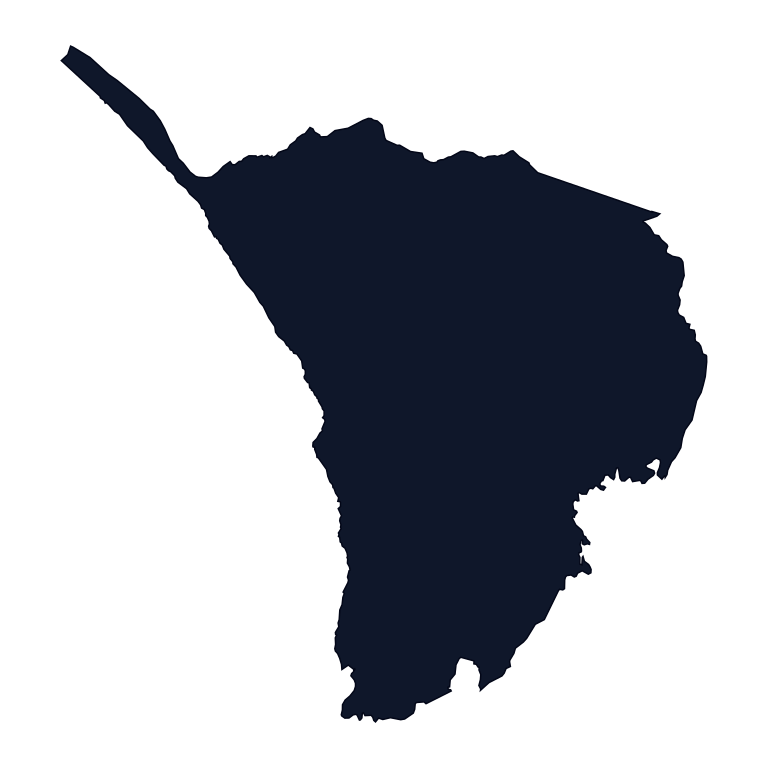 the district of Ludewa, Njombe, United Republic of Tanzania
{"feature_id": "72390352B43391507115191", "entity_name": "Ludewa", "entity_type": "district", "adm_level": 2, "iso_a3": "TZA", "parent_name": "United Republic of Tanzania", "parent_adm1": "Njombe", "projection": "natural_earth1", "projection_center": [34.61, -10.023], "detail": "fine", "context": "isolated", "style": "filled", "palette": "ink", "viewbox_px": 768, "rotation_deg": 0, "n_neighbors": 0, "source": "geoboundaries", "source_scale": "gbopen_adm2", "svg_char_len": 6115}
<svg xmlns="http://www.w3.org/2000/svg" viewBox="0 0 768 768"><path d="M61.3,60.6L100.2,96.4L100.3,97.8L104.3,100.5L105.2,103.2L106.4,102.7L108.4,104.2L114.8,111.3L119.5,114.2L127.5,125.7L143.3,141.0L147.6,147.7L152.8,153.6L164.0,165.2L166.0,166.2L166.8,168.9L168.5,170.7L170.7,171.7L174.7,175.8L175.3,178.3L177.9,182.2L186.6,188.7L189.7,193.8L197.9,201.2L200.6,204.8L201.6,208.1L204.3,209.5L205.7,213.2L205.7,215.6L207.4,217.4L209.1,221.3L209.4,224.0L208.6,226.2L209.2,228.5L211.4,230.7L214.5,236.9L216.1,236.7L216.7,238.4L218.2,239.2L220.0,243.2L222.3,245.1L223.9,249.2L229.7,256.1L230.1,258.5L232.8,261.8L233.0,263.8L236.0,267.0L240.2,275.3L246.5,284.0L254.3,292.5L259.9,302.4L263.3,306.2L268.9,317.9L274.8,326.5L275.6,332.2L278.7,336.6L284.4,341.1L286.6,345.1L288.8,346.6L290.3,349.8L292.6,350.6L293.7,353.2L296.9,354.0L301.7,360.9L302.7,368.1L304.4,369.0L305.3,370.7L305.3,374.3L304.1,376.7L304.4,378.4L307.6,382.5L309.1,382.9L309.7,387.7L311.4,388.8L311.4,390.0L313.4,391.3L314.7,394.8L316.9,396.8L316.9,398.0L318.5,399.4L318.5,401.1L322.0,406.8L322.4,408.8L324.1,410.9L324.1,415.6L322.6,417.7L324.6,419.3L325.1,421.3L322.0,428.8L322.4,431.0L320.0,433.0L316.9,438.6L313.1,442.4L312.8,446.1L313.1,447.0L314.8,447.3L314.7,449.4L316.6,454.3L317.0,457.4L318.3,457.8L326.5,469.4L327.9,476.5L330.0,481.8L332.6,484.7L333.0,487.6L333.9,488.1L335.7,493.2L338.7,497.6L337.8,501.3L340.3,501.8L340.5,502.6L340.5,506.5L338.2,508.6L341.5,515.8L340.1,518.3L339.7,520.8L341.0,524.8L340.5,527.2L341.1,528.7L338.4,533.0L339.0,534.4L338.4,536.4L339.7,537.3L340.2,541.9L341.5,542.9L342.2,546.0L345.0,548.2L347.0,552.7L347.6,556.2L347.0,557.4L347.7,559.1L347.4,563.1L349.4,566.8L350.1,570.0L349.1,570.7L347.5,577.1L348.5,580.1L347.9,582.7L343.1,592.1L344.3,593.5L342.9,597.3L342.1,604.6L339.8,610.0L339.2,619.6L338.1,623.0L338.8,626.7L335.4,632.4L335.6,634.4L336.6,635.1L335.3,637.8L335.6,644.5L334.8,648.7L335.4,651.1L337.6,653.5L339.7,658.3L341.5,664.3L341.9,669.5L348.3,665.1L353.7,669.3L354.2,669.0L354.1,669.7L354.7,669.5L354.5,668.3L354.9,669.1L354.5,670.1L353.7,669.7L353.7,671.6L351.6,673.6L350.9,675.8L354.2,679.8L355.5,683.3L355.5,686.4L354.2,690.6L349.9,696.0L345.2,700.0L342.5,704.7L342.4,710.0L341.3,714.7L341.7,715.9L344.8,718.1L349.0,718.0L353.1,714.9L355.7,714.3L357.1,715.1L359.4,720.1L360.4,719.9L361.9,717.9L362.3,713.2L363.4,712.7L365.0,715.6L371.2,715.3L372.8,717.3L373.8,720.4L375.5,721.9L378.6,718.1L382.8,719.5L390.4,717.7L400.7,719.7L404.7,719.0L413.3,713.1L414.7,709.3L415.2,703.8L416.4,702.5L424.0,701.9L426.0,703.7L451.2,691.0L450.6,689.8L448.2,689.2L447.9,687.3L449.6,686.9L450.2,679.9L455.0,674.1L456.0,664.8L459.2,658.5L460.9,657.3L474.0,660.9L473.9,663.9L476.3,664.3L478.1,667.1L479.2,667.3L479.0,670.0L480.8,674.6L480.4,679.7L478.9,685.5L480.7,689.0L480.5,690.3L489.0,682.6L502.0,675.9L504.2,673.1L506.1,668.5L510.4,666.5L509.6,661.7L509.9,660.1L513.9,653.4L515.4,648.2L523.4,642.0L526.7,638.3L535.3,624.3L544.3,619.6L558.3,590.9L559.5,589.3L562.8,589.9L564.5,588.7L564.7,580.0L565.4,577.2L566.7,575.6L571.1,575.0L574.3,577.0L576.2,576.2L577.6,573.2L582.2,570.8L588.3,574.2L590.9,572.8L591.1,569.5L590.1,567.0L588.6,564.5L584.4,561.3L583.0,556.4L582.3,557.4L581.9,564.8L579.8,564.0L579.9,557.3L578.7,554.9L578.9,552.8L581.0,552.1L581.5,551.1L581.3,548.0L580.0,544.5L581.2,540.4L582.2,540.0L582.8,540.7L582.3,543.8L584.2,544.8L587.3,543.8L589.5,544.4L589.8,542.5L586.6,539.1L585.7,536.9L583.5,535.7L582.4,531.4L581.0,529.6L575.8,525.0L572.2,517.9L572.8,516.9L574.4,517.2L574.6,515.7L577.1,512.5L576.6,511.2L573.6,509.8L572.8,504.1L573.2,501.7L575.3,499.8L577.5,501.0L578.9,500.7L578.0,493.4L579.0,492.5L581.8,494.1L586.4,494.1L588.8,489.0L590.8,488.2L592.8,488.8L595.5,485.7L596.5,485.7L600.7,489.4L603.5,490.2L605.5,487.4L603.8,486.2L600.8,486.0L599.6,484.0L601.4,481.0L602.9,480.6L605.0,475.2L608.3,475.0L610.5,477.6L613.6,479.6L614.8,477.2L614.8,474.2L616.4,468.1L617.8,467.7L618.8,470.2L620.0,478.2L621.7,480.8L624.7,481.0L629.0,477.2L630.6,477.4L632.6,481.6L639.7,480.4L640.9,481.0L642.0,483.4L644.7,483.2L648.0,479.2L653.4,475.4L654.6,473.2L653.9,470.8L647.3,468.1L645.8,466.5L646.3,464.7L651.5,462.1L653.2,459.9L656.3,458.1L660.1,459.9L660.5,462.6L659.5,467.6L657.4,472.6L657.4,475.0L661.9,479.2L664.4,475.9L665.1,476.1L665.2,477.5L667.0,474.6L667.7,470.2L671.5,461.7L675.0,457.8L680.8,447.7L682.3,438.4L685.1,429.8L692.0,420.1L696.6,400.6L701.1,392.5L703.2,385.1L705.3,376.5L706.7,362.0L706.6,356.3L706.2,355.3L702.8,353.9L700.7,346.2L698.6,343.1L695.6,341.3L695.0,338.9L695.3,334.9L694.2,330.3L690.0,329.4L688.9,328.4L689.9,324.3L686.0,323.3L683.7,317.4L679.2,315.0L677.8,312.4L677.5,310.1L679.6,304.8L680.1,300.0L678.1,295.2L678.1,293.2L679.8,288.5L681.6,286.1L682.2,281.8L684.2,275.7L682.9,262.1L681.2,259.1L678.9,257.6L672.5,256.3L666.5,252.9L666.1,250.3L667.7,246.3L666.9,244.6L661.4,239.8L658.7,235.7L654.2,234.8L649.9,227.5L645.2,223.0L643.1,222.1L643.1,221.0L656.9,216.2L659.8,213.8L652.0,211.5L652.0,212.1L537.7,172.7L529.6,164.8L528.9,162.8L519.3,156.8L513.0,150.8L510.9,151.1L504.0,155.3L501.7,155.0L497.4,156.6L494.8,155.8L488.0,156.5L484.1,158.5L480.9,157.0L478.7,157.0L472.9,152.9L464.3,151.2L460.8,151.4L450.9,156.8L448.3,157.1L443.6,159.6L440.3,159.9L437.9,160.8L436.8,162.2L433.7,162.8L430.1,162.2L423.8,158.7L422.0,153.2L410.5,151.5L399.7,145.2L397.0,145.3L386.1,140.4L384.8,138.0L382.1,125.3L377.3,121.0L373.5,120.2L371.2,118.6L368.3,118.4L363.1,120.4L348.1,128.2L335.0,130.6L327.3,136.6L320.4,136.9L319.6,135.0L314.5,132.0L312.9,128.9L310.0,127.5L305.1,133.7L302.4,134.6L297.5,138.0L295.7,140.9L290.3,144.8L287.6,149.2L278.6,152.4L275.7,156.1L273.2,157.4L271.9,157.6L271.8,156.3L269.8,157.7L269.4,156.6L267.3,155.4L263.5,156.8L261.9,155.5L257.0,157.2L256.0,155.9L248.9,155.8L243.7,158.7L241.6,161.3L239.2,161.4L235.1,164.7L232.3,164.7L230.1,161.6L223.2,166.5L218.0,172.2L211.6,177.0L206.4,177.8L198.2,177.2L195.5,176.3L190.0,172.0L183.2,163.1L178.4,158.6L172.8,145.6L169.9,140.9L164.8,129.2L160.3,120.8L153.3,111.2L150.0,109.1L139.2,98.5L117.2,80.5L108.7,74.6L90.1,57.6L73.3,47.3L70.6,46.1L67.8,54.6L61.3,60.6Z" fill="#0f172a" stroke="#020617" stroke-width="1.5"/></svg>